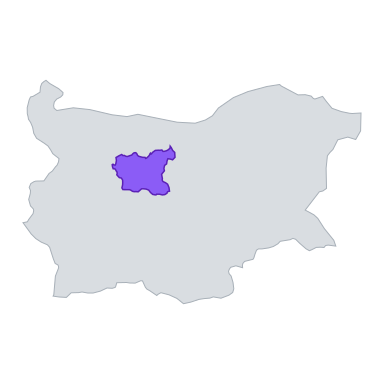 location of Lovech within Bulgaria
{"feature_id": "BGR-2247", "entity_name": "Lovech", "entity_type": "Province", "adm_level": 1, "iso_a3": "BGR", "parent_name": "Bulgaria", "parent_adm1": "", "projection": "albers", "projection_center": [24.557, 43.037], "detail": "fine", "context": "in_parent", "style": "filled", "palette": "violet", "viewbox_px": 384, "rotation_deg": 0, "n_neighbors": 0, "source": "natural_earth", "source_scale": "10m", "svg_char_len": 3516}
<svg xmlns="http://www.w3.org/2000/svg" viewBox="0 0 384 384"><path d="M335.8,246.1L328.2,245.1L325.6,245.5L324.0,247.5L320.6,247.2L316.3,247.4L311.8,249.7L309.4,250.7L306.0,248.8L299.6,243.2L295.7,239.3L292.9,238.4L290.1,239.7L280.2,241.3L277.9,243.8L273.3,246.5L268.7,247.9L262.0,248.9L258.5,248.9L256.5,250.2L255.0,254.1L253.9,257.8L253.0,259.3L244.6,261.4L242.8,263.5L242.4,265.6L242.6,267.7L235.9,265.8L230.7,267.3L229.5,268.9L228.5,271.2L229.1,273.7L231.1,276.0L233.0,282.4L233.8,288.8L232.7,292.5L228.9,295.2L221.0,298.2L213.3,296.9L209.9,298.1L204.1,298.6L198.9,299.4L190.8,302.1L183.5,303.7L176.9,298.4L169.0,294.8L160.9,292.7L158.0,294.3L156.8,295.5L149.9,290.8L146.9,289.1L145.4,287.3L142.5,280.9L140.8,280.7L135.2,283.1L129.8,283.0L126.5,282.5L116.8,282.7L115.5,287.1L114.3,287.7L112.2,288.3L107.0,288.0L100.4,291.1L93.2,293.0L87.7,293.0L82.0,292.0L78.6,292.6L71.2,292.8L66.4,297.4L59.2,297.0L53.1,296.1L53.8,294.7L55.4,276.1L58.6,267.9L58.5,266.2L57.9,264.9L55.2,263.5L53.4,259.0L49.6,247.2L47.4,244.8L41.2,242.1L35.8,238.6L31.2,234.0L23.0,222.7L27.4,221.8L28.7,219.5L33.1,213.6L33.7,210.6L33.3,208.9L30.5,205.9L28.7,199.5L30.3,193.5L30.5,190.5L29.2,187.4L30.8,183.6L33.9,181.7L35.8,181.1L43.9,180.9L49.1,173.4L52.3,171.1L55.5,166.8L57.0,165.3L58.5,162.0L59.0,158.6L52.8,153.7L50.7,150.0L48.0,146.0L44.2,143.2L36.6,138.3L33.8,133.4L32.6,127.2L30.6,122.4L28.5,119.3L28.1,116.8L27.3,113.7L27.2,107.7L29.2,99.8L30.5,97.0L33.1,96.3L40.0,92.2L40.5,86.8L41.8,83.4L44.0,81.5L46.0,80.3L49.7,83.5L58.7,88.7L63.0,92.5L62.8,94.8L60.7,97.0L56.7,99.1L54.3,102.0L53.6,105.6L54.1,108.2L56.8,110.5L73.3,107.8L89.9,109.6L112.1,114.8L127.0,116.6L137.9,114.3L158.2,118.4L177.1,122.2L195.2,123.2L205.4,120.0L212.4,115.8L218.4,108.0L233.4,97.6L247.9,91.6L266.9,86.5L279.6,84.5L281.4,86.1L298.0,94.9L305.3,94.7L311.2,96.1L313.4,98.5L314.9,99.0L322.6,96.4L326.3,101.4L332.0,108.3L341.4,111.6L349.7,113.3L352.3,113.5L361.0,113.0L360.6,130.9L355.7,139.5L347.8,137.1L337.8,139.8L332.9,149.5L330.0,152.4L327.4,155.8L326.1,168.2L326.5,188.4L322.8,191.0L319.3,191.8L305.2,210.1L313.9,214.8L317.8,218.4L324.4,228.7L333.8,240.3L335.8,246.1Z" fill="#d9dde1" stroke="#a8b0b8" stroke-width="1"/><path d="M155.3,194.9L152.7,194.4L150.5,192.5L148.7,190.1L146.2,189.1L143.6,188.8L141.6,188.8L138.2,191.8L135.9,191.6L134.2,191.7L132.4,191.3L131.2,190.4L129.8,189.7L122.9,189.6L121.9,187.9L122.6,184.9L122.7,182.5L122.6,180.1L121.4,178.1L119.3,177.6L118.0,176.2L116.8,174.8L117.2,173.3L116.9,171.8L116.2,171.0L115.7,169.9L114.8,168.8L113.2,168.8L112.5,166.8L112.2,164.7L113.0,164.2L114.0,165.0L115.3,165.0L115.9,163.4L116.4,160.4L116.0,157.5L118.9,155.8L121.7,154.5L123.0,155.6L124.2,155.4L125.9,156.3L127.3,156.5L128.6,156.1L130.2,155.5L131.7,155.1L132.6,154.0L133.7,153.0L134.7,152.7L135.8,152.7L136.8,153.7L137.5,155.2L138.5,156.2L142.4,157.3L145.1,157.4L145.4,157.9L145.6,158.4L146.5,158.1L148.4,156.4L149.4,155.2L149.8,154.1L150.4,153.2L151.0,154.1L151.6,153.7L152.4,152.5L155.3,150.4L158.6,150.2L159.8,150.3L161.9,150.0L163.0,151.4L164.4,151.3L166.0,150.9L167.6,150.2L169.0,149.1L170.0,148.2L170.2,146.2L171.3,147.7L172.7,150.5L174.7,152.4L175.0,157.3L172.6,159.8L170.4,159.1L167.9,158.7L167.0,161.1L166.6,163.9L164.6,165.4L163.9,168.4L164.4,170.8L161.6,174.3L162.2,177.6L162.4,178.7L162.2,179.8L162.5,180.8L163.1,181.6L165.5,182.7L167.6,184.2L169.0,187.6L169.5,191.2L167.8,191.6L167.2,192.3L167.0,193.2L164.8,194.6L162.3,194.9L159.5,194.2L156.6,194.2L156.2,194.8L155.3,194.9Z" fill="#8b5cf6" stroke="#5b21b6" stroke-width="1.5"/></svg>